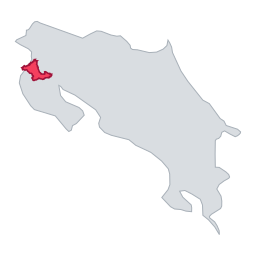 location of Carrillo, Guanacaste, Costa Rica
{"feature_id": "36466004B81157491697278", "entity_name": "Carrillo", "entity_type": "district", "adm_level": 2, "iso_a3": "CRI", "parent_name": "Costa Rica", "parent_adm1": "Guanacaste", "projection": "mercator", "projection_center": [-85.608, 10.481], "detail": "fine", "context": "in_parent", "style": "filled", "palette": "rose", "viewbox_px": 256, "rotation_deg": 0, "n_neighbors": 0, "source": "geoboundaries", "source_scale": "gbopen_adm2", "svg_char_len": 5304}
<svg xmlns="http://www.w3.org/2000/svg" viewBox="0 0 256 256"><path d="M240.6,131.9L240.3,133.2L239.1,134.5L237.4,135.8L235.2,136.7L229.9,134.0L224.6,130.9L221.8,132.3L220.7,136.3L218.7,138.4L216.3,139.2L215.3,140.6L215.1,154.3L215.3,167.2L219.2,167.4L225.9,171.9L228.7,174.5L229.6,177.0L228.8,178.2L223.9,181.0L219.2,184.5L216.8,189.0L221.0,196.1L221.8,201.0L221.7,206.1L220.6,208.5L211.4,214.3L209.4,216.4L209.7,217.9L214.7,221.9L217.1,225.8L219.1,230.5L219.4,234.6L214.8,227.0L208.5,219.8L202.9,215.3L202.5,205.0L200.3,199.3L192.0,194.1L184.9,190.5L179.6,191.2L182.8,197.2L191.2,204.9L191.7,207.8L191.6,211.7L185.9,211.1L180.8,209.5L174.6,209.0L170.5,206.7L161.8,197.5L168.0,189.7L169.9,184.6L169.7,174.0L168.3,168.8L161.6,161.0L150.9,152.4L135.9,145.4L128.9,139.7L111.4,135.3L104.7,132.5L99.5,127.1L98.7,123.3L100.6,117.4L95.7,109.8L74.8,95.0L63.2,89.6L60.7,86.4L58.8,85.4L60.6,95.6L65.7,101.8L79.0,107.5L82.7,110.9L84.2,115.2L76.4,123.5L72.5,125.6L71.3,130.2L68.8,131.5L66.1,128.9L55.3,115.9L34.4,109.6L30.7,105.8L22.9,93.9L19.3,83.0L20.6,75.7L29.2,64.4L31.8,59.4L31.3,56.4L31.6,51.9L28.4,48.8L20.4,44.7L15.4,41.5L16.7,39.8L25.9,35.5L26.4,31.5L26.4,30.2L27.9,29.9L29.2,28.9L30.0,27.8L32.5,23.9L34.7,21.8L37.2,21.4L40.2,23.0L51.7,27.1L64.5,31.7L82.6,38.2L90.2,34.0L96.7,30.9L101.2,31.3L110.9,35.0L116.8,36.2L120.4,35.8L126.7,41.3L130.1,45.3L130.6,48.1L132.5,49.5L137.4,49.8L149.3,52.6L156.6,52.1L163.2,49.1L166.9,45.6L168.0,40.1L169.7,42.9L171.6,47.1L172.5,52.6L181.0,71.1L187.9,81.4L202.8,100.1L209.3,103.6L220.2,118.6L224.0,121.1L226.2,125.5L237.5,129.2L240.6,131.9Z" fill="#d9dde1" stroke="#a8b0b8" stroke-width="1"/><path d="M50.0,76.2L50.1,75.9L50.1,76.0L50.7,76.2L50.9,76.4L51.0,76.3L51.0,76.2L50.9,76.1L51.0,75.9L51.1,75.7L51.3,75.6L51.2,75.5L51.2,75.3L51.3,75.3L51.5,75.1L51.7,74.9L51.7,74.7L51.6,74.8L51.3,74.8L51.2,74.7L51.4,74.4L51.1,74.3L51.1,74.1L50.9,74.0L50.5,74.0L50.4,73.9L50.4,74.0L50.2,74.1L49.8,74.2L49.6,74.1L49.4,74.0L49.3,73.7L49.0,73.5L48.7,73.5L48.5,73.4L47.9,73.3L47.7,73.2L47.5,72.9L47.3,72.8L47.1,72.7L46.9,72.5L46.7,72.5L46.4,72.3L46.2,72.1L45.9,71.8L45.7,71.7L44.8,71.7L44.7,71.7L44.6,71.8L44.7,72.1L44.8,72.2L44.8,72.4L44.8,72.7L44.6,73.1L44.5,73.3L44.6,73.5L44.9,73.6L44.9,73.8L44.8,74.0L44.6,74.2L44.4,74.2L43.9,74.2L43.7,74.1L43.2,74.1L42.8,74.1L42.4,74.1L42.0,74.0L41.7,74.0L41.3,74.1L41.1,74.1L41.0,73.9L41.0,73.7L41.1,73.4L40.5,73.0L40.4,72.9L40.3,72.7L40.0,72.7L39.9,72.6L39.5,72.3L39.4,72.1L39.4,71.8L39.3,71.6L39.2,71.4L39.0,71.1L38.9,70.9L38.9,70.4L38.6,69.9L38.4,69.4L38.1,68.9L38.1,68.6L38.1,68.4L38.0,68.2L38.2,67.9L38.2,67.7L38.1,67.3L37.8,67.1L37.3,66.8L37.3,66.7L37.7,66.2L37.4,65.7L37.2,65.4L37.2,65.2L36.9,64.7L36.7,64.5L36.6,64.4L36.7,64.2L36.8,64.0L36.8,63.9L36.8,63.6L36.9,63.4L37.0,63.0L37.0,62.8L36.8,62.7L36.8,62.4L36.8,62.1L36.7,61.7L37.4,60.8L35.5,60.7L35.4,60.6L35.2,60.3L35.1,60.1L35.1,59.9L35.2,59.7L35.4,59.4L34.9,59.4L34.8,59.5L34.5,59.7L34.4,59.7L34.2,59.7L34.3,60.0L34.3,60.3L34.2,60.2L34.0,60.5L33.7,60.7L33.6,60.8L33.4,60.9L33.3,61.3L33.1,61.6L32.9,61.5L32.6,61.8L32.7,62.0L32.8,62.2L32.5,62.5L32.4,62.5L32.0,62.6L31.9,62.3L31.5,62.4L31.2,62.4L30.9,62.4L30.7,62.5L30.8,62.8L30.8,63.0L30.9,63.4L30.6,63.7L30.5,63.8L30.4,63.8L30.2,63.7L30.1,63.8L29.7,63.6L29.3,63.7L29.3,63.8L29.3,64.0L29.5,64.0L29.9,64.3L29.9,64.5L29.8,64.9L29.4,65.1L29.2,65.2L28.9,65.1L28.7,64.8L28.3,65.0L28.2,65.1L28.1,65.4L27.9,65.4L27.9,65.5L27.5,65.5L27.4,65.6L27.1,65.6L26.9,65.7L26.9,65.9L26.7,65.9L26.5,66.2L26.4,66.2L26.2,66.4L25.7,66.6L25.4,66.6L25.1,66.3L24.8,65.8L24.6,65.8L24.4,65.9L24.2,65.7L23.9,66.0L23.7,66.2L23.8,66.4L23.8,66.5L23.6,66.7L23.5,66.9L23.4,67.0L23.2,67.0L23.3,67.2L23.1,67.4L22.9,67.4L22.7,67.3L22.3,67.5L22.2,67.6L21.9,67.6L21.7,67.7L21.8,67.8L22.1,67.9L22.3,68.1L22.5,68.2L22.6,68.3L22.5,68.6L22.4,68.7L22.3,68.8L22.3,69.0L22.5,69.1L22.9,69.1L22.9,69.4L22.7,69.7L22.7,69.8L22.8,69.8L23.1,69.7L23.3,69.6L23.7,69.6L23.8,69.6L24.0,69.7L24.3,69.8L24.5,70.0L25.3,70.1L25.9,69.9L26.0,69.8L26.1,69.7L26.4,69.8L26.6,69.8L27.1,70.1L27.3,70.4L27.4,70.8L27.6,71.1L27.8,71.3L28.2,71.5L28.3,71.7L29.0,72.2L29.2,72.3L29.2,72.7L29.6,73.1L29.8,73.2L30.0,73.3L31.3,73.3L31.5,73.4L31.7,73.6L31.8,73.7L31.9,74.1L32.2,74.2L32.2,74.3L32.2,75.0L32.3,75.1L32.3,75.3L32.6,75.5L32.9,75.5L33.1,75.6L33.3,75.8L33.4,76.2L33.4,76.7L33.2,76.9L32.8,77.0L32.6,77.0L32.2,77.3L31.9,77.9L31.9,78.1L32.0,78.2L32.1,78.3L32.3,78.3L32.5,78.4L32.7,78.6L32.7,78.9L32.6,79.1L32.7,79.6L32.7,79.8L32.8,79.9L33.1,80.1L33.2,80.3L33.3,80.4L33.5,80.4L34.0,80.5L34.4,80.4L34.5,80.3L34.8,80.0L35.1,80.0L35.4,80.0L35.6,79.9L36.1,79.9L36.3,79.9L36.6,79.7L36.8,79.6L37.0,79.5L37.1,79.3L37.2,79.2L37.4,79.0L37.8,79.0L38.1,78.8L38.3,78.8L38.6,78.7L38.7,78.4L38.7,78.2L38.8,78.1L39.0,78.2L39.0,78.4L39.3,78.3L39.5,78.5L39.9,78.4L40.0,78.5L40.2,78.8L40.5,78.8L40.8,78.9L41.5,78.9L42.2,79.2L42.4,79.3L42.7,79.4L42.9,79.3L43.1,79.3L43.2,79.2L43.4,79.2L43.5,79.0L43.9,78.7L44.0,78.8L44.1,78.6L44.3,78.4L44.7,78.3L44.8,78.4L45.0,78.2L45.2,77.9L45.3,77.7L45.5,77.7L45.7,77.8L45.8,77.7L46.1,77.7L47.4,77.7L47.5,77.7L48.0,77.7L48.4,77.7L48.6,77.8L48.8,77.9L49.0,77.8L49.0,77.7L49.3,77.5L49.2,77.4L49.3,77.4L49.5,77.3L49.4,77.2L49.6,77.1L49.5,76.9L49.6,76.7L49.8,76.6L49.6,76.5L49.6,76.4L49.8,76.4L50.0,76.4L49.9,76.3L50.0,76.0L50.0,76.2Z" fill="#f43f5e" stroke="#9f1239" stroke-width="1.5"/></svg>